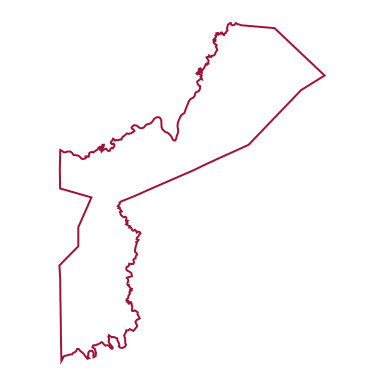 Santa Helena, Maranhão, Brazil
{"feature_id": "56859067B36614364399438", "entity_name": "Santa Helena", "entity_type": "district", "adm_level": 2, "iso_a3": "BRA", "parent_name": "Brazil", "parent_adm1": "Maranhão", "projection": "albers", "projection_center": [-45.434, -2.467], "detail": "fine", "context": "isolated", "style": "outline", "palette": "rose", "viewbox_px": 384, "rotation_deg": 0, "n_neighbors": 0, "source": "geoboundaries", "source_scale": "gbopen_adm2", "svg_char_len": 5916}
<svg xmlns="http://www.w3.org/2000/svg" viewBox="0 0 384 384"><path d="M61.4,361.0L62.4,359.2L62.9,358.2L63.1,357.0L64.5,356.0L66.3,355.5L68.1,355.2L69.4,354.6L70.6,354.5L72.1,354.4L73.2,352.9L74.7,352.2L76.1,351.2L77.0,349.1L78.6,348.9L80.4,351.1L81.4,351.9L82.7,352.8L83.8,354.0L84.7,355.3L86.4,357.5L87.4,358.8L89.1,358.2L88.2,357.4L87.9,355.9L88.4,354.6L88.2,353.4L88.9,351.6L90.6,350.7L92.4,350.9L93.4,352.7L93.6,354.2L93.3,355.5L93.5,357.3L94.7,356.7L95.8,355.8L95.7,354.4L96.0,352.9L95.5,351.7L95.4,350.3L94.8,348.9L93.3,347.8L92.4,347.0L93.1,345.5L94.3,345.1L95.7,345.4L96.9,344.6L98.2,344.2L100.2,343.2L101.5,342.1L102.6,342.7L103.6,344.1L105.3,345.6L107.4,345.2L108.8,345.6L110.2,347.6L111.9,348.8L112.8,347.9L111.8,346.2L110.9,345.1L109.9,344.0L109.0,342.5L108.6,341.0L109.1,339.6L109.1,338.4L108.3,336.9L108.9,335.2L111.4,337.0L112.7,337.0L114.5,337.2L116.1,338.1L117.3,338.4L117.4,340.0L118.1,341.7L119.0,343.4L119.4,345.1L118.7,346.2L120.0,347.6L122.2,347.9L124.5,347.1L125.4,345.9L126.0,344.5L125.3,343.4L125.2,341.2L125.2,339.7L125.1,338.4L124.8,337.4L124.1,335.5L126.0,332.0L126.2,330.4L128.1,330.4L129.8,329.1L133.4,330.9L134.8,329.4L135.4,328.4L136.8,326.8L137.2,325.6L136.2,324.0L135.4,321.7L137.2,319.5L138.5,319.2L139.7,318.5L138.6,316.1L137.5,314.3L137.7,312.4L136.2,311.2L134.7,310.4L133.5,311.0L132.3,311.0L131.9,309.7L132.2,308.3L132.3,307.0L131.8,305.1L131.6,303.5L130.9,302.3L129.9,303.5L128.6,303.6L128.2,302.5L129.1,301.7L128.0,300.8L127.0,301.6L126.4,300.4L126.9,299.1L127.8,298.5L128.4,297.4L128.3,296.2L129.2,294.7L130.0,293.4L129.4,292.2L130.5,291.3L130.1,290.2L131.7,290.3L131.9,288.9L130.6,288.4L129.7,287.1L128.8,286.2L128.9,285.0L127.7,285.0L127.4,283.4L128.1,281.6L128.4,280.4L127.8,279.2L126.9,277.7L128.4,277.2L129.7,276.8L131.8,276.3L131.9,275.1L131.0,272.8L129.1,271.5L127.6,270.8L126.7,270.1L126.2,268.9L126.4,267.3L128.0,266.5L129.0,265.3L129.2,263.7L131.1,264.0L133.0,264.0L134.1,262.4L133.7,261.3L133.3,260.0L134.2,258.8L135.5,258.5L135.7,256.4L137.1,254.4L136.4,253.0L135.0,251.9L135.1,249.7L135.4,247.8L135.9,246.0L136.3,244.8L136.8,243.3L136.1,242.2L137.4,241.4L138.5,240.0L136.6,239.2L136.9,237.7L138.3,236.5L139.0,235.0L140.5,233.1L139.6,232.0L138.0,231.6L136.8,232.6L136.0,230.9L135.0,229.8L134.1,230.5L132.5,230.5L131.7,228.9L131.1,227.7L129.3,227.5L130.0,226.2L128.9,225.9L127.5,225.1L126.0,224.2L127.5,223.0L126.3,221.9L127.6,220.8L126.0,220.3L126.3,219.1L126.4,217.5L125.2,216.7L123.9,217.1L122.8,216.7L121.8,215.8L120.7,214.7L120.5,213.2L119.9,212.0L121.7,211.3L121.0,210.4L120.1,209.4L119.8,207.9L118.5,208.1L118.9,206.8L117.8,206.1L118.8,205.0L119.8,203.8L119.6,202.7L120.7,201.7L122.0,201.1L134.4,196.1L141.4,193.0L154.7,187.1L193.6,170.2L206.0,164.2L216.2,159.5L232.6,152.1L248.6,144.8L255.0,138.1L263.3,129.5L266.0,126.6L272.1,120.3L291.6,100.0L301.1,90.1L324.6,75.5L313.7,65.2L291.8,44.5L274.5,28.1L241.7,25.3L237.4,24.0L235.7,23.1L234.8,24.5L233.7,25.2L232.5,25.3L231.2,24.6L230.8,23.0L229.5,23.5L228.0,24.6L227.6,25.8L227.3,27.2L226.9,28.6L227.5,30.5L226.2,31.6L225.7,33.2L224.1,33.6L224.0,34.9L222.3,34.3L221.9,32.6L220.7,32.6L219.9,34.0L218.3,34.7L218.0,33.0L216.4,33.2L216.7,34.5L215.4,35.4L216.2,36.9L214.8,38.2L213.7,39.6L215.5,39.9L215.3,41.2L213.8,40.9L213.7,42.6L214.7,44.0L215.8,44.4L216.7,45.2L215.8,46.8L216.9,48.5L217.2,50.1L216.6,51.0L215.5,52.5L215.2,53.7L214.7,54.7L213.5,55.5L211.9,55.8L211.2,57.0L209.2,55.6L209.2,56.9L207.7,56.8L206.5,57.4L207.7,59.3L208.6,60.5L208.4,62.2L208.4,63.6L207.3,63.3L206.9,64.7L205.9,64.2L205.2,65.4L204.7,66.7L204.0,68.0L202.8,69.8L201.2,69.6L201.8,70.8L201.9,72.6L200.5,72.0L198.8,71.7L197.5,72.4L196.5,73.6L197.7,74.3L198.9,72.9L199.5,74.1L200.8,74.4L201.7,75.7L200.5,76.5L201.4,77.6L201.9,79.2L200.6,78.5L199.9,79.5L198.7,80.4L197.5,81.2L197.1,82.5L197.8,84.0L198.5,85.3L200.0,86.0L200.1,87.8L199.7,89.6L198.5,91.4L197.2,91.6L195.8,92.4L195.0,94.0L194.7,95.8L194.0,96.9L192.8,97.9L191.1,98.7L189.7,99.8L189.1,100.9L188.4,102.4L186.4,107.4L185.4,110.0L184.9,111.7L184.4,113.0L183.3,113.7L182.0,114.6L180.9,115.6L180.0,117.4L178.1,122.1L177.7,123.5L177.6,125.0L177.5,126.4L177.8,128.1L178.1,129.8L178.2,131.3L177.9,133.0L177.5,134.2L176.8,136.0L176.3,137.9L175.9,139.3L175.3,140.4L173.6,140.4L172.5,139.0L172.0,137.6L171.2,136.4L170.0,134.9L168.4,133.4L167.1,132.4L165.7,132.3L162.4,129.2L161.6,127.3L161.4,123.8L161.4,120.9L160.3,118.2L158.8,117.2L157.1,117.2L155.8,117.8L154.6,118.5L153.7,119.5L153.0,120.7L152.1,121.9L150.9,123.1L149.9,123.6L148.4,124.0L146.3,124.6L144.7,126.3L144.0,127.4L142.3,128.1L140.2,128.1L138.6,127.2L136.8,125.6L135.1,125.3L133.9,125.2L132.8,126.1L131.6,127.4L131.9,128.6L133.5,129.5L134.4,131.0L132.8,132.2L131.2,133.1L129.5,133.7L128.3,133.9L127.0,133.4L125.8,134.4L124.5,135.7L123.1,136.4L121.7,138.3L121.5,139.5L119.8,139.5L118.0,140.3L116.4,139.9L115.1,140.6L114.2,139.5L113.1,138.7L112.5,140.1L111.9,141.0L111.0,141.9L110.9,143.2L112.1,144.3L113.5,143.6L114.5,144.9L114.3,146.1L112.7,148.4L111.6,147.9L110.3,149.0L109.9,150.6L108.6,151.1L107.4,150.3L106.3,148.8L105.2,148.9L103.9,149.6L102.6,150.5L101.6,151.5L101.4,150.3L100.3,150.1L99.9,148.7L101.7,148.6L103.0,147.7L103.7,146.2L103.9,144.8L102.4,144.8L102.1,146.3L100.8,147.0L99.4,147.0L98.4,148.0L97.5,149.6L96.0,150.4L94.5,151.5L93.5,152.4L91.7,151.9L90.2,152.4L89.1,153.4L89.2,155.0L88.5,156.8L86.9,156.3L85.5,156.5L86.1,157.7L84.8,158.6L83.1,159.0L81.5,158.7L80.5,157.5L79.5,156.4L78.2,155.7L76.9,155.3L75.2,155.2L73.4,154.9L72.5,153.3L70.6,151.6L69.1,151.5L66.9,151.7L65.8,152.2L64.4,152.4L63.4,151.9L62.0,151.0L60.3,150.0L59.8,169.0L60.1,188.5L89.6,196.9L91.4,197.4L90.8,198.9L90.2,200.3L80.8,221.6L78.3,227.2L78.3,228.5L78.3,232.7L78.3,236.4L78.3,246.3L72.8,251.8L69.7,255.0L67.4,257.3L59.4,265.5L60.2,279.1L60.4,301.3L60.5,302.5L60.6,310.9L60.8,323.7L60.9,334.4L60.9,336.2L61.4,361.0ZM201.2,69.6L200.5,68.3L199.0,68.8L198.8,70.2L200.2,70.2L201.2,69.6Z" fill="none" stroke="#9f1239" stroke-width="2"/></svg>